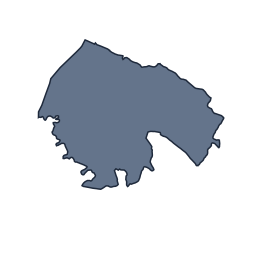 Atsa, Al Fayyum, Egypt, rotated 205°
{"feature_id": "37247803B59509070430414", "entity_name": "Atsa", "entity_type": "district", "adm_level": 2, "iso_a3": "EGY", "parent_name": "Egypt", "parent_adm1": "Al Fayyum", "projection": "albers", "projection_center": [30.709, 29.208], "detail": "fine", "context": "isolated", "style": "filled", "palette": "slate", "viewbox_px": 256, "rotation_deg": 205, "n_neighbors": 0, "source": "geoboundaries", "source_scale": "gbopen_adm2", "svg_char_len": 5792}
<svg xmlns="http://www.w3.org/2000/svg" viewBox="0 0 256 256"><g transform="rotate(205 128 128)"><path d="M103.3,75.3L102.9,77.0L102.5,78.4L101.7,78.4L101.1,78.6L100.0,79.8L98.2,81.4L96.8,83.3L96.5,83.9L96.2,84.6L96.3,87.8L96.7,89.8L96.9,90.8L97.1,92.8L97.4,94.1L97.5,94.7L97.3,95.5L97.2,96.0L96.9,96.7L97.0,97.6L97.1,98.1L97.2,99.0L97.0,99.5L96.4,100.1L95.5,100.1L94.5,100.3L93.6,100.3L92.4,100.2L91.0,100.0L90.1,99.5L88.7,99.3L88.1,99.3L87.3,100.1L87.2,100.6L86.9,101.1L88.0,102.3L90.7,104.1L93.5,106.5L94.0,108.3L94.3,111.2L94.0,111.8L94.2,113.0L94.5,113.8L96.4,117.2L96.6,118.0L96.8,118.4L97.9,119.0L98.2,119.9L98.6,121.2L100.9,122.7L107.4,126.4L108.2,132.7L107.8,133.2L107.0,133.8L106.2,134.4L104.7,135.1L103.8,135.4L102.4,136.1L100.5,136.6L98.7,137.1L96.9,137.5L96.2,136.8L96.1,136.5L95.9,136.0L95.4,135.7L93.6,135.5L92.4,135.5L90.4,135.9L88.3,135.7L85.1,134.7L82.9,134.3L82.2,134.1L80.3,133.5L74.1,132.1L71.9,131.7L68.7,130.9L65.5,130.2L64.3,129.7L61.0,128.1L58.7,126.8L56.2,125.9L51.9,124.2L50.4,123.0L49.8,122.9L48.7,123.5L48.9,123.8L48.0,124.9L47.9,125.5L47.9,126.6L47.1,128.4L46.4,130.1L46.2,130.9L46.3,132.6L45.9,133.9L45.6,134.4L45.5,135.9L45.1,136.8L45.0,137.3L45.1,138.4L45.3,139.1L46.6,141.8L46.5,142.6L46.4,143.2L46.1,143.9L45.8,144.4L45.5,145.2L45.3,146.1L45.0,147.1L45.2,147.7L45.7,148.6L45.7,149.4L45.1,150.2L43.7,150.5L42.8,150.6L38.5,148.9L37.8,148.5L37.5,148.5L37.3,148.6L37.2,149.8L37.4,150.1L38.0,151.8L38.4,152.8L40.1,155.6L40.4,155.6L40.9,155.5L41.9,155.0L42.8,154.3L43.4,154.5L45.2,154.3L46.8,154.8L47.3,155.9L47.3,156.5L47.5,158.7L47.1,160.7L47.4,162.7L47.0,163.9L46.8,164.5L46.6,166.9L46.7,168.3L46.5,169.5L46.3,170.3L45.8,170.9L45.6,172.1L45.6,174.1L45.3,177.0L45.6,177.7L46.1,177.7L46.2,178.0L48.5,178.7L55.2,178.0L55.8,177.7L58.4,178.8L58.9,179.5L59.4,179.8L59.5,180.0L60.1,180.3L60.4,180.6L60.8,180.7L62.6,180.6L64.7,181.0L65.5,182.0L65.7,182.9L65.9,184.2L65.7,184.6L65.6,185.4L65.3,185.8L65.2,186.3L64.9,187.5L65.0,188.0L65.3,189.3L65.5,190.3L67.3,190.5L70.5,191.7L71.8,192.4L72.9,193.2L76.0,194.4L77.3,194.4L78.8,193.9L83.3,192.6L84.8,192.7L93.1,195.0L94.8,195.6L95.6,195.9L97.2,195.7L97.7,195.6L98.6,195.5L100.1,194.9L101.2,194.9L101.9,195.0L103.3,195.6L104.5,196.0L107.0,197.3L108.5,197.8L110.8,197.9L111.4,198.0L115.2,197.9L116.0,198.0L117.1,198.3L118.3,198.9L120.3,198.9L121.9,198.6L123.0,198.9L126.1,199.5L126.2,199.8L127.7,199.0L128.1,198.4L128.2,197.2L128.5,196.5L129.2,195.2L130.1,194.4L131.6,193.9L132.7,193.7L133.6,193.5L135.2,193.3L136.1,192.6L136.4,192.0L137.6,191.1L139.1,190.3L140.3,189.5L140.9,189.0L141.6,189.0L143.0,189.8L143.9,190.3L145.3,190.4L146.7,190.6L147.6,190.6L149.5,190.2L151.8,190.0L154.3,190.2L154.6,190.4L155.9,190.9L158.7,191.3L159.4,191.1L160.8,190.1L161.0,188.9L161.5,188.0L162.7,189.0L162.8,190.7L163.2,191.3L166.4,190.4L167.9,189.9L169.3,189.8L171.1,189.6L173.0,189.7L174.7,189.7L177.5,190.3L177.5,190.6L179.9,191.0L187.2,190.7L190.1,190.5L191.1,190.3L193.5,191.3L193.7,189.9L198.1,189.8L201.0,189.8L204.1,189.7L204.4,182.8L205.0,180.4L207.0,174.8L211.8,162.4L215.0,154.1L218.8,140.1L217.8,135.2L216.9,124.5L215.7,112.2L215.9,104.8L213.6,99.7L213.3,100.2L211.5,100.8L211.2,101.1L210.7,101.8L210.6,102.1L210.2,102.2L209.5,102.0L208.9,101.5L207.8,100.5L206.9,100.1L206.3,100.1L206.0,100.7L205.9,101.3L205.9,103.3L205.4,104.7L205.0,105.1L204.5,105.5L203.5,106.0L202.4,106.0L201.6,105.9L200.4,105.5L199.8,105.5L198.9,106.1L198.6,106.9L198.5,107.3L198.4,108.3L197.9,108.7L197.4,109.0L196.9,109.4L196.0,109.4L195.3,107.9L195.9,107.4L196.8,106.6L197.1,106.3L197.1,105.4L196.8,105.4L196.3,105.6L195.6,105.9L195.1,106.2L194.7,106.4L194.1,106.4L193.6,106.3L193.1,105.4L193.2,104.5L193.5,103.7L194.6,102.8L195.1,102.5L195.8,102.4L196.4,102.3L198.0,101.3L197.5,100.3L196.9,99.8L196.1,99.4L195.5,98.8L195.1,98.2L195.3,96.8L195.2,95.9L194.8,93.8L195.1,92.2L194.5,91.6L194.1,91.1L193.5,90.7L192.7,90.4L190.8,90.5L190.3,90.4L190.0,90.2L189.6,90.1L189.2,89.8L188.8,89.2L188.6,88.7L188.1,88.3L187.7,88.2L186.9,88.2L185.1,88.4L184.5,88.3L184.3,87.8L184.3,86.9L184.4,86.3L184.7,85.5L186.1,84.0L186.4,82.9L186.1,82.5L185.3,81.7L184.6,82.4L184.0,82.8L183.6,83.5L183.3,83.9L183.0,84.2L181.7,86.0L180.5,86.6L179.7,86.9L178.8,86.8L178.4,86.5L178.0,86.1L177.4,85.3L176.6,84.6L174.7,83.0L173.6,82.1L172.6,81.1L172.6,80.8L172.4,80.5L172.0,78.4L172.4,77.9L173.8,76.8L174.5,75.9L174.7,74.7L173.9,73.0L173.5,73.1L173.0,73.2L172.3,74.0L171.4,74.6L171.1,75.0L170.7,75.1L170.4,75.3L168.2,75.2L168.1,75.5L167.5,76.9L167.0,77.4L166.2,77.7L165.7,77.7L164.5,77.1L163.3,76.3L162.5,75.2L162.0,75.0L161.0,75.0L160.5,75.3L159.9,75.5L158.4,75.5L157.3,75.7L156.3,75.6L155.2,75.8L154.0,75.8L152.9,75.9L150.2,75.8L149.4,75.8L148.8,75.6L148.7,75.1L148.6,74.7L149.5,72.7L149.9,72.0L151.4,70.3L152.0,69.4L152.1,68.2L150.6,66.7L149.4,66.5L148.4,66.9L148.2,67.3L148.1,68.3L147.8,69.2L146.6,72.6L144.4,74.0L143.5,74.2L143.2,74.1L141.8,72.9L140.8,72.7L140.7,72.8L139.9,73.0L139.5,72.7L138.9,72.3L138.1,71.8L137.8,71.5L137.4,71.1L137.3,70.5L137.3,69.9L137.4,69.3L137.5,69.0L138.1,67.6L138.4,66.8L138.6,65.5L138.7,64.9L139.5,64.2L140.5,64.2L142.0,63.5L142.6,63.2L144.1,61.3L144.9,59.5L145.2,58.1L145.3,57.5L145.3,56.7L145.3,56.3L143.7,56.2L143.1,56.4L136.4,58.1L134.7,58.5L133.7,58.8L130.7,59.8L129.2,60.2L126.8,61.0L125.6,62.6L124.3,64.7L123.9,65.5L123.2,66.4L121.4,67.1L120.8,67.0L119.5,67.0L118.5,67.2L117.5,67.9L116.3,69.0L114.7,69.9L113.8,70.9L113.3,71.8L113.1,72.9L113.6,73.4L115.5,75.6L115.8,76.7L116.7,77.9L117.4,78.6L118.8,79.9L120.4,81.7L121.6,82.9L122.3,83.7L121.7,85.9L121.1,85.9L119.0,85.7L118.3,87.2L117.7,87.2L116.8,87.0L113.6,88.3L112.2,87.9L110.7,87.2L109.6,86.1L109.3,85.6L109.1,85.0L109.4,83.6L108.2,80.4L107.1,79.4L106.5,78.7L106.0,77.6L105.5,76.4L105.1,75.7L104.2,75.1L103.6,74.8L103.3,75.3Z" fill="#64748b" stroke="#1e293b" stroke-width="1.5"/></g></svg>